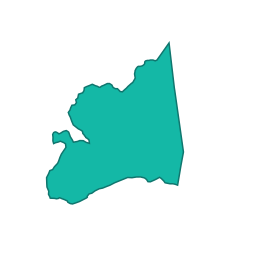 the district of San Pedro Ocotepec, Oaxaca, Mexico, rotated 22°
{"feature_id": "50627088B407128365288", "entity_name": "San Pedro Ocotepec", "entity_type": "district", "adm_level": 2, "iso_a3": "MEX", "parent_name": "Mexico", "parent_adm1": "Oaxaca", "projection": "equal_earth", "projection_center": [-95.854, 16.976], "detail": "fine", "context": "isolated", "style": "filled", "palette": "teal", "viewbox_px": 256, "rotation_deg": 22, "n_neighbors": 0, "source": "geoboundaries", "source_scale": "gbopen_adm2", "svg_char_len": 2216}
<svg xmlns="http://www.w3.org/2000/svg" viewBox="0 0 256 256"><g transform="rotate(22 128 128)"><path d="M78.0,101.3L76.7,102.7L73.9,105.3L72.4,107.0L73.2,109.7L72.8,112.3L69.5,115.2L70.2,119.0L69.0,121.4L70.7,123.8L70.0,126.5L67.5,127.9L67.3,130.8L67.5,133.2L66.8,135.9L68.6,138.0L70.3,139.4L73.3,142.8L76.1,145.6L79.5,146.6L82.2,147.4L84.7,147.6L87.0,148.1L87.8,149.4L88.3,150.1L89.1,150.4L89.9,150.8L90.6,151.5L91.6,151.8L92.4,152.6L94.6,153.0L96.4,153.8L98.0,156.7L94.4,157.0L91.3,156.5L88.0,157.7L86.2,159.4L82.7,161.6L80.8,159.9L77.8,157.7L74.6,154.1L73.3,153.7L71.7,153.5L69.3,155.4L67.5,157.9L67.0,158.5L66.1,159.3L65.1,159.0L63.2,158.7L61.9,158.9L60.8,160.1L60.6,162.2L61.9,164.6L63.2,168.1L64.9,170.3L66.3,168.8L68.4,167.3L70.2,165.6L73.8,165.6L76.0,166.1L77.7,169.2L76.9,173.0L76.0,177.2L75.9,180.9L76.1,184.6L76.0,187.1L74.3,191.5L73.7,194.8L71.5,196.8L71.5,200.2L71.1,204.5L73.3,209.5L75.0,213.1L78.2,216.3L79.1,219.2L80.3,220.3L81.0,220.8L82.2,222.2L86.1,220.8L88.3,220.4L90.1,219.2L90.4,218.4L91.4,218.2L92.8,218.3L95.9,218.2L99.1,218.4L100.1,219.4L102.8,219.7L105.0,219.2L107.6,217.0L110.5,214.4L115.8,208.3L116.2,207.4L115.7,206.7L116.6,203.7L118.9,202.0L121.0,198.6L122.4,197.0L124.1,195.1L127.0,193.2L130.4,189.9L132.6,187.9L136.2,183.7L146.2,174.0L150.3,172.6L154.1,170.3L157.9,168.7L162.0,168.1L164.5,168.8L166.6,170.3L168.9,169.5L172.1,166.2L173.7,164.4L175.7,161.9L177.7,162.3L181.0,163.7L182.9,164.9L187.8,164.0L190.5,162.9L192.7,162.5L195.4,162.4L193.4,153.2L191.3,143.7L190.8,141.3L188.4,129.5L157.1,75.4L156.0,73.6L134.2,33.8L129.4,54.2L128.1,55.5L126.7,55.6L125.7,55.6L124.4,56.1L123.7,56.4L123.1,56.7L122.3,57.4L120.8,58.0L119.5,58.9L119.0,59.5L118.9,59.9L118.8,60.5L119.0,61.1L119.2,61.5L119.3,62.3L119.1,63.2L118.6,64.1L118.0,64.9L117.4,65.5L116.0,66.4L115.1,66.7L114.5,67.0L114.2,67.3L113.9,67.8L113.7,68.4L113.3,69.7L113.1,72.0L113.5,73.6L113.8,75.4L116.0,79.0L115.8,80.9L115.4,83.7L115.1,84.6L114.6,85.0L113.7,86.9L112.4,89.5L111.6,91.7L110.7,93.4L109.2,96.6L107.1,97.1L103.5,95.5L101.4,96.3L99.0,96.0L96.9,94.2L94.2,93.7L92.1,94.6L89.5,97.5L87.8,99.1L86.9,100.7L85.6,101.1L84.3,100.8L81.7,101.0L78.7,100.8L78.0,101.3Z" fill="#14b8a6" stroke="#0f766e" stroke-width="1.5"/></g></svg>